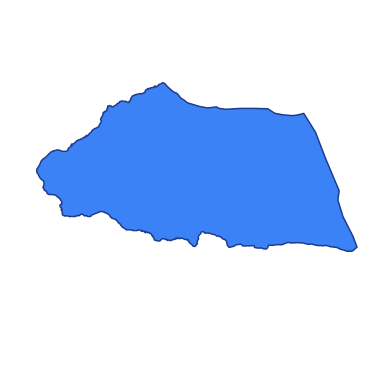 outline of West Ambrym, Malampa, Vanuatu, rotated 339°
{"feature_id": "77236927B87876939805141", "entity_name": "West Ambrym", "entity_type": "district", "adm_level": 2, "iso_a3": "VUT", "parent_name": "Vanuatu", "parent_adm1": "Malampa", "projection": "albers", "projection_center": [167.993, -16.285], "detail": "fine", "context": "isolated", "style": "filled", "palette": "blue", "viewbox_px": 384, "rotation_deg": 339, "n_neighbors": 0, "source": "geoboundaries", "source_scale": "gbopen_adm2", "svg_char_len": 5910}
<svg xmlns="http://www.w3.org/2000/svg" viewBox="0 0 384 384"><g transform="rotate(339 192 192)"><path d="M203.9,79.4L201.2,80.0L199.9,79.7L199.4,79.9L198.8,80.7L196.6,80.7L196.4,81.0L195.7,80.8L195.5,79.8L195.2,79.7L194.7,79.9L194.2,80.2L194.1,80.6L193.9,80.7L190.9,80.0L190.3,80.0L190.1,80.4L189.5,80.0L188.3,80.1L187.8,79.7L187.4,80.3L186.2,79.9L185.1,80.4L184.6,80.9L183.7,82.0L183.4,82.1L180.9,82.3L180.1,82.2L178.9,81.5L176.9,81.4L175.9,81.0L174.7,81.0L173.2,80.8L172.1,81.1L171.1,81.0L170.5,81.1L170.2,81.6L168.9,82.3L168.7,83.0L168.2,83.1L167.8,83.5L167.5,84.2L167.0,84.6L166.0,84.7L165.1,85.8L163.5,84.7L163.2,84.0L162.7,84.1L161.9,83.3L160.4,82.7L159.7,82.1L158.5,81.7L157.8,82.0L156.9,81.7L156.3,82.5L155.9,82.7L154.2,82.6L153.4,83.1L152.5,83.4L152.1,83.7L150.2,83.7L149.2,84.2L148.5,84.2L147.9,84.0L147.9,83.6L147.5,82.9L146.6,82.4L145.9,81.7L144.9,81.8L144.4,81.6L144.1,81.7L143.9,82.2L144.0,82.6L143.4,83.0L143.2,83.4L142.5,83.8L142.1,84.3L142.1,84.7L141.9,85.0L140.9,85.6L139.2,85.6L139.2,86.0L138.9,86.2L138.0,86.0L137.4,86.2L136.7,87.8L136.3,88.1L135.5,89.3L134.2,89.8L132.7,91.4L132.6,91.8L133.0,92.7L132.5,93.8L131.3,94.8L130.4,95.4L130.2,95.8L129.5,96.0L128.8,97.3L128.4,97.6L126.8,97.7L125.8,98.1L124.1,97.9L121.0,98.7L120.3,99.0L119.3,100.1L118.0,100.3L116.1,101.3L115.5,101.8L115.0,101.8L113.9,101.4L113.6,101.5L113.7,102.3L113.3,102.4L112.7,101.8L112.4,101.8L111.7,102.2L111.5,102.6L110.6,102.2L108.2,102.8L107.9,103.0L107.3,102.7L106.4,103.0L104.6,102.6L103.9,102.9L102.6,103.0L100.1,104.1L99.4,104.6L97.7,104.4L97.4,104.5L97.0,104.2L96.8,104.5L96.9,104.9L96.7,105.0L96.5,105.7L96.2,105.6L95.8,105.1L95.2,106.1L92.5,106.8L91.9,107.2L91.2,108.4L90.4,108.8L89.5,108.9L88.3,108.8L87.5,108.3L85.6,107.7L85.1,107.3L83.9,106.0L83.2,105.4L81.1,104.4L80.7,104.3L79.3,104.4L78.5,104.0L77.6,103.9L74.1,104.3L67.4,107.3L64.5,107.9L62.1,109.2L59.3,112.2L55.2,115.2L54.5,117.0L54.2,118.0L54.3,118.9L54.9,120.7L54.8,121.7L55.2,124.4L55.9,126.3L57.1,128.1L57.3,128.7L56.9,131.6L56.5,132.2L56.0,132.4L55.4,133.4L54.7,134.0L54.5,134.9L55.0,136.1L54.8,137.4L56.0,138.4L56.2,138.8L56.0,139.2L56.4,139.7L56.2,141.2L57.2,142.7L57.7,143.2L59.1,143.6L59.8,144.1L61.2,144.4L61.6,144.7L61.9,145.1L62.3,145.2L63.3,146.0L64.2,147.1L64.7,148.5L65.8,149.8L66.0,150.8L66.3,151.0L66.4,152.3L66.8,153.3L66.8,155.2L66.0,156.8L64.8,156.5L64.4,156.6L64.0,157.2L63.7,158.1L63.7,158.9L64.4,159.3L64.3,160.2L64.5,161.2L63.6,161.3L63.5,161.9L63.7,162.5L63.6,164.7L62.9,166.4L63.0,167.1L63.3,167.6L63.8,168.1L64.4,168.4L65.0,169.1L65.3,169.0L65.5,169.2L66.4,169.2L67.0,169.5L69.0,171.2L70.1,171.4L74.0,173.0L74.6,173.0L74.7,172.7L75.0,172.6L76.3,173.2L76.6,173.2L77.1,173.0L77.6,173.2L78.3,173.7L78.6,173.7L79.0,173.2L79.9,173.2L80.8,173.0L82.1,173.7L82.6,175.0L83.1,175.7L83.7,176.1L84.8,176.0L85.4,176.9L86.4,177.8L88.1,178.3L89.1,178.3L89.8,177.8L90.9,177.5L93.2,177.6L94.1,177.4L96.5,177.6L98.2,177.2L98.8,177.6L99.3,177.4L100.4,177.7L101.5,178.2L102.1,179.0L102.8,179.2L103.0,179.9L103.8,180.2L104.9,181.7L105.7,182.4L106.5,183.8L106.8,185.4L106.8,185.9L107.5,186.8L108.0,188.1L109.0,188.5L109.3,189.0L110.1,189.3L110.7,190.1L110.9,190.8L111.8,192.2L112.2,194.3L112.6,194.8L113.5,196.5L114.0,198.9L114.5,199.9L117.2,203.7L117.7,204.1L118.7,204.2L120.1,205.0L121.3,205.2L122.5,206.5L125.7,207.9L126.5,208.2L128.6,208.4L129.8,208.9L130.3,209.3L130.6,210.2L131.1,210.2L130.8,210.5L131.1,210.7L131.9,210.8L133.1,211.8L133.5,212.6L133.9,212.3L134.1,213.0L134.7,212.3L135.0,212.4L135.1,213.2L135.5,213.5L136.1,213.8L136.2,214.2L136.9,214.3L137.8,215.4L138.7,216.0L138.9,216.3L138.9,217.7L139.1,218.2L139.2,219.2L139.8,219.3L139.6,220.4L140.0,223.6L140.3,224.0L141.5,224.6L142.0,225.2L143.0,225.4L143.8,226.1L144.4,226.1L145.0,226.1L146.0,225.3L147.2,225.1L148.5,225.2L149.3,226.0L150.1,226.4L150.4,227.0L151.6,227.4L151.6,228.3L152.2,228.2L152.3,228.5L152.6,228.6L153.4,228.6L153.7,228.9L154.1,229.5L154.7,229.8L155.8,229.6L157.2,229.8L157.5,229.6L157.8,229.5L158.4,229.9L159.1,230.1L160.2,229.5L160.2,230.0L160.5,230.1L161.3,229.5L162.1,229.7L162.5,230.6L163.1,230.7L163.3,230.8L163.9,230.7L164.3,231.2L164.7,231.3L165.6,231.2L166.8,232.0L167.9,233.4L170.0,234.7L170.6,234.6L171.2,235.4L171.1,235.9L170.8,236.1L171.4,237.1L171.3,237.9L172.0,239.7L172.6,240.3L172.8,241.0L173.3,241.6L173.5,242.8L174.5,243.6L175.4,243.9L178.3,242.4L178.4,241.3L179.8,239.3L181.2,238.3L181.6,237.2L181.5,236.6L182.5,235.3L183.6,234.6L184.6,234.3L185.3,233.9L185.8,233.1L186.3,232.7L187.3,232.6L188.8,233.6L188.9,234.7L189.5,235.1L192.4,236.1L193.8,237.0L196.2,238.9L198.2,240.2L199.4,242.0L199.9,242.1L201.8,243.4L203.2,244.9L203.4,245.4L203.6,246.3L204.2,247.0L205.4,247.9L206.4,249.6L206.4,251.3L205.9,254.4L206.3,255.2L206.5,256.5L207.2,257.1L211.0,257.6L212.1,257.6L213.7,257.2L214.9,257.2L216.2,257.7L216.9,257.6L218.6,258.2L219.4,258.7L220.0,260.4L220.5,260.7L222.0,261.4L224.7,262.1L226.6,263.1L227.8,263.1L229.5,264.0L230.0,264.0L230.5,264.3L230.7,265.0L230.5,266.0L230.7,266.3L233.1,267.8L233.8,268.0L234.5,268.4L236.7,269.1L237.4,269.6L238.2,270.5L240.3,271.6L241.2,271.8L241.9,271.6L244.7,269.1L248.3,270.8L251.9,271.4L257.0,273.4L258.9,273.5L261.7,273.3L263.4,273.5L264.6,274.0L266.7,275.4L267.6,275.5L268.7,275.8L269.9,276.4L271.1,276.6L277.6,279.5L280.8,281.9L282.2,282.7L284.7,283.3L285.4,283.7L287.7,285.5L290.9,287.4L292.8,287.9L294.3,289.0L296.3,289.4L298.9,290.4L302.2,293.1L303.6,293.5L304.9,294.6L306.1,294.9L307.6,295.9L309.3,297.9L311.2,299.5L313.2,300.8L314.6,302.2L315.9,303.0L319.7,304.5L320.4,304.6L321.0,304.5L326.3,302.6L326.4,291.0L324.1,269.0L325.3,251.8L329.8,243.6L328.7,208.5L328.7,180.4L324.5,158.7L318.5,158.0L313.3,156.8L304.3,152.4L297.5,148.2L292.6,141.5L280.2,136.3L267.4,131.4L253.2,126.9L247.2,123.6L245.3,121.3L236.6,119.1L229.2,114.5L219.6,107.0L217.7,103.6L215.2,100.3L213.4,94.7L210.4,91.7L207.8,86.8L206.3,83.5L205.6,81.3L203.9,79.4Z" fill="#3b82f6" stroke="#1e3a8a" stroke-width="1.5"/></g></svg>